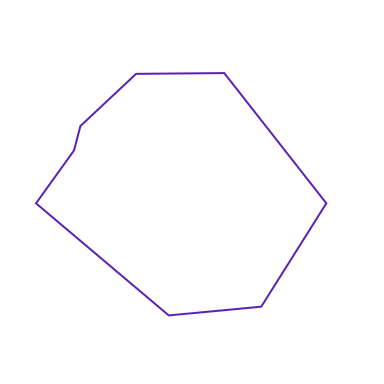 the district of Al Hawtah, Lahij, Yemen, rotated 311°
{"feature_id": "15242507B35163519047813", "entity_name": "Al Hawtah", "entity_type": "district", "adm_level": 2, "iso_a3": "YEM", "parent_name": "Yemen", "parent_adm1": "Lahij", "projection": "albers", "projection_center": [44.876, 13.061], "detail": "fine", "context": "isolated", "style": "outline", "palette": "violet", "viewbox_px": 384, "rotation_deg": 311, "n_neighbors": 0, "source": "geoboundaries", "source_scale": "gbopen_adm2", "svg_char_len": 267}
<svg xmlns="http://www.w3.org/2000/svg" viewBox="0 0 384 384"><g transform="rotate(311 192 192)"><path d="M83.6,255.4L150.9,319.5L271.6,300.8L302.9,138.3L244.5,72.3L168.6,64.5L145.9,75.7L81.1,81.7L83.6,255.4Z" fill="none" stroke="#5b21b6" stroke-width="2"/></g></svg>